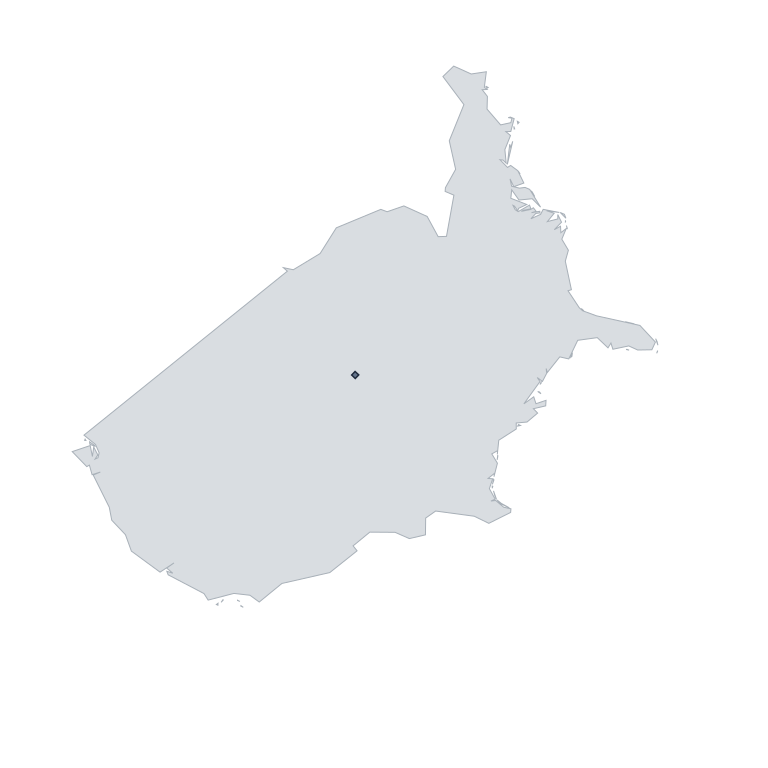 Clay, Nebraska, United States of America (highlighted), rotated 314°
{"feature_id": "52423323B24655364564694", "entity_name": "Clay", "entity_type": "district", "adm_level": 2, "iso_a3": "USA", "parent_name": "United States of America", "parent_adm1": "Nebraska", "projection": "albers", "projection_center": [-98.019, 40.524], "detail": "fine", "context": "in_parent", "style": "filled", "palette": "slate", "viewbox_px": 768, "rotation_deg": 314, "n_neighbors": 0, "source": "geoboundaries", "source_scale": "gbopen_adm2", "svg_char_len": 3928}
<svg xmlns="http://www.w3.org/2000/svg" viewBox="0 0 768 768"><g transform="rotate(314 384 384)"><path d="M604.3,262.0L640.5,247.4L646.1,212.8L661.1,213.3L667.6,231.4L679.7,240.7L667.2,250.0L667.5,253.6L663.9,250.2L662.7,258.6L653.3,267.2L651.4,287.9L660.1,293.7L664.1,291.4L661.9,288.3L663.8,289.5L665.3,293.3L653.7,299.8L650.2,296.3L650.6,302.4L636.6,308.1L627.7,318.5L627.7,314.0L625.9,311.6L625.6,322.4L629.2,323.3L630.4,332.1L625.7,345.0L616.1,340.3L619.1,332.2L614.9,338.4L619.0,345.4L623.4,348.9L625.2,353.6L620.0,373.8L620.2,361.9L610.1,353.3L612.4,341.0L605.7,346.2L612.3,362.0L603.9,358.8L601.5,359.9L602.6,354.2L602.1,352.7L600.5,357.3L601.2,360.8L613.8,364.4L612.0,368.0L605.7,363.5L603.6,362.9L611.5,368.3L614.5,369.0L613.9,373.5L609.7,371.1L616.5,376.1L615.4,377.3L612.1,374.7L604.9,374.9L614.8,378.8L620.2,377.2L629.2,391.0L621.6,380.6L625.0,387.8L614.3,388.7L623.5,394.4L626.6,391.3L623.7,399.3L613.3,399.3L620.1,401.4L615.7,406.1L622.4,407.1L611.7,411.3L608.3,423.7L598.3,429.1L582.0,453.3L578.9,451.6L574.5,471.5L574.7,476.1L580.6,489.4L603.9,527.4L602.7,550.1L594.7,552.9L584.7,542.9L581.4,533.6L568.0,524.5L571.1,518.8L565.6,520.0L565.5,505.2L550.0,493.0L530.4,499.5L525.6,491.6L505.7,493.5L507.8,489.9L504.7,493.6L495.9,496.2L495.1,489.7L494.1,494.5L466.9,498.4L478.8,500.6L475.4,507.0L484.8,511.9L480.6,515.5L470.0,508.6L469.8,514.7L456.0,513.3L447.8,506.2L443.5,510.4L423.3,505.6L412.1,514.4L414.9,512.0L408.6,510.1L405.8,520.6L393.7,527.5L396.5,525.5L388.4,524.5L391.3,528.0L381.9,532.5L378.4,544.0L374.1,542.2L377.8,545.3L378.5,555.7L382.4,562.0L379.6,564.3L356.6,556.2L351.6,540.8L328.5,509.4L316.5,507.1L304.3,518.6L290.4,509.6L285.0,495.0L267.6,476.7L246.1,474.2L245.3,480.5L210.7,476.0L169.6,449.1L140.5,445.7L138.9,434.3L129.1,421.5L106.4,407.6L108.2,400.1L96.8,361.3L98.4,357.9L101.2,363.5L100.6,355.5L109.4,357.2L93.1,353.6L88.3,318.4L96.0,302.7L96.9,282.8L104.5,272.0L116.5,238.1L123.6,241.1L116.0,237.0L121.0,228.4L118.1,227.6L118.8,206.7L135.6,215.4L129.3,224.6L137.0,219.0L134.2,227.4L129.3,228.3L132.3,229.5L136.6,226.9L140.1,218.5L138.8,203.7L398.0,236.1L397.8,230.8L403.2,239.4L433.5,247.4L463.2,241.2L507.4,260.4L510.1,266.6L525.9,274.6L534.5,298.7L527.6,320.6L533.6,326.4L568.4,303.1L565.0,294.2L567.9,291.8L588.2,286.4L604.3,262.0ZM642.1,310.9L648.0,308.0L627.6,320.2L643.8,307.9L642.1,310.9ZM137.9,212.4L138.8,218.5L138.4,219.3L136.3,214.3L137.9,212.4ZM382.0,560.2L378.9,551.1L379.1,545.8L379.6,551.3L382.0,560.2ZM668.9,250.2L669.7,253.0L668.5,252.7L668.9,250.2ZM448.3,508.9L449.0,511.0L446.6,509.4L448.3,508.9ZM113.8,418.5L116.9,418.0L117.0,418.4L113.8,418.5ZM111.0,416.9L109.5,418.2L108.9,416.6L111.0,416.9ZM659.5,298.4L658.3,300.8L657.8,300.5L659.5,298.4ZM380.8,541.0L379.1,545.2L383.2,537.0L380.8,541.0ZM596.7,514.8L601.2,522.3L596.1,514.2L596.7,514.8ZM126.7,428.8L127.5,431.4L126.5,429.0L126.7,428.8ZM604.2,551.0L602.2,554.1L605.3,547.9L604.2,551.0ZM631.4,395.9L629.6,399.7L629.8,391.6L631.4,395.9ZM136.7,207.3L136.3,208.8L135.5,207.8L136.7,207.3ZM391.4,529.7L387.1,531.7L391.5,529.1L391.4,529.7ZM665.6,297.4L666.1,299.4L664.2,299.5L665.6,297.4ZM125.2,435.0L125.6,437.9L124.8,435.2L125.2,435.0ZM386.0,533.3L384.2,534.3L385.8,532.7L386.0,533.3ZM625.1,357.3L623.6,362.2L625.1,355.5L625.1,357.3ZM410.8,516.3L408.0,518.1L412.0,515.1L410.8,516.3ZM575.4,473.5L575.5,477.0L574.8,474.7L575.4,473.5ZM623.5,407.4L622.7,408.3L624.7,405.1L623.5,407.4ZM537.5,497.7L534.4,500.0L533.0,499.8L537.5,497.7ZM494.5,495.7L494.0,496.4L492.0,496.5L494.5,495.7ZM577.7,534.6L578.6,536.8L577.0,534.2L577.7,534.6ZM486.3,501.5L486.0,503.7L485.4,499.8L486.3,501.5ZM597.4,558.2L595.5,558.8L598.1,557.6L597.4,558.2ZM630.2,333.7L629.6,336.1L630.3,332.7L630.2,333.7ZM627.8,400.8L626.9,401.9L626.6,401.9L627.8,400.8Z" fill="#d9dde1" stroke="#a8b0b8" stroke-width="1"/><path d="M372.9,354.5L368.0,354.5L368.0,359.5L373.0,359.5L372.9,354.5L372.9,354.5Z" fill="#64748b" stroke="#1e293b" stroke-width="1.5"/></g></svg>